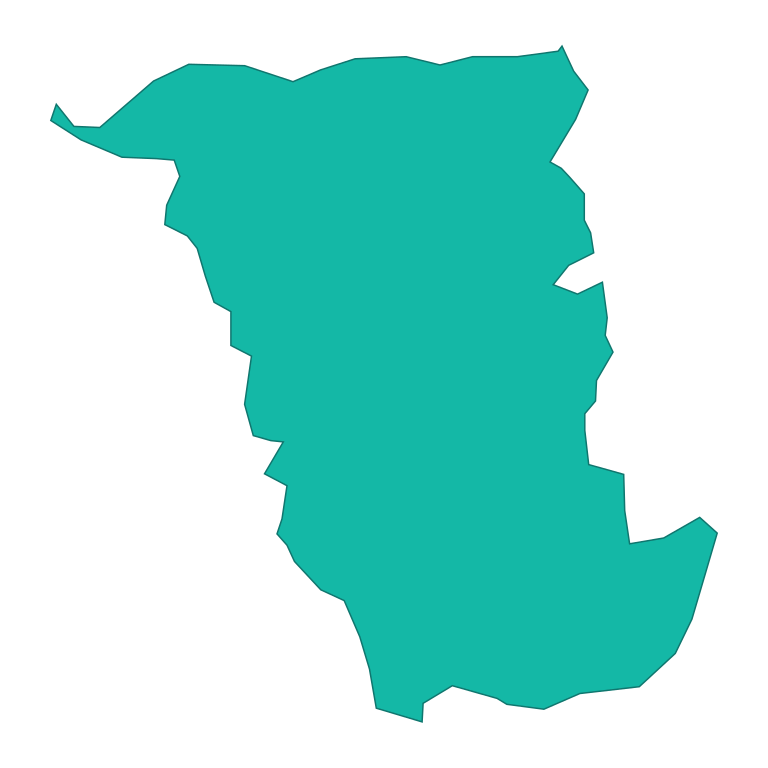 outline of Psathi, Paphos, Cyprus
{"feature_id": "46923920B43405779194913", "entity_name": "Psathi", "entity_type": "district", "adm_level": 2, "iso_a3": "CYP", "parent_name": "Cyprus", "parent_adm1": "Paphos", "projection": "mercator", "projection_center": [32.534, 34.892], "detail": "fine", "context": "isolated", "style": "filled", "palette": "teal", "viewbox_px": 768, "rotation_deg": 0, "n_neighbors": 0, "source": "geoboundaries", "source_scale": "gbopen_adm2", "svg_char_len": 1156}
<svg xmlns="http://www.w3.org/2000/svg" viewBox="0 0 768 768"><path d="M56.3,104.3L50.8,120.5L81.1,139.9L121.9,157.2L156.4,158.6L174.2,160.1L179.8,176.4L166.7,205.2L164.8,224.6L187.3,235.9L197.2,248.4L205.3,276.0L214.1,302.3L230.9,311.6L230.9,345.5L251.5,356.1L244.6,404.3L253.3,435.6L270.8,440.6L283.3,441.9L264.5,473.8L287.0,485.7L282.0,518.9L277.0,533.9L287.0,545.2L294.5,561.5L320.8,589.8L344.2,600.6L359.8,636.8L369.5,669.1L376.3,708.2L422.1,721.9L423.1,703.3L452.3,685.7L497.1,698.4L506.8,704.3L543.9,709.2L552.8,705.3L579.9,693.5L639.3,686.7L675.3,653.4L691.9,619.2L704.6,576.1L717.1,533.5L717.2,533.1L699.7,517.4L663.7,538.0L629.6,543.8L624.7,510.6L623.7,474.4L588.7,464.6L584.8,430.4L584.8,413.7L595.5,401.0L596.5,380.5L613.0,352.1L605.2,335.4L607.2,317.8L602.4,282.2L577.5,294.1L553.2,284.7L568.7,265.3L593.7,252.8L590.6,232.8L584.3,220.2L584.3,193.9L570.0,177.6L561.3,168.3L550.0,162.0L575.6,119.4L588.1,90.0L573.7,71.2L562.0,46.1L558.1,51.2L517.3,56.7L472.5,56.7L440.0,65.0L406.2,56.7L355.1,58.8L320.6,69.9L293.0,81.7L244.7,65.7L188.8,64.3L153.6,81.0L99.8,127.5L73.9,126.4L56.3,104.3Z" fill="#14b8a6" stroke="#0f766e" stroke-width="1.5"/></svg>